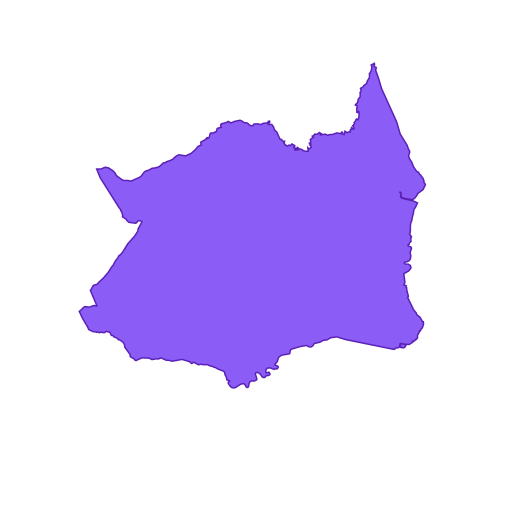 Balao, Guayas, Ecuador, rotated 157°
{"feature_id": "8360857B63754497407840", "entity_name": "Balao", "entity_type": "district", "adm_level": 2, "iso_a3": "ECU", "parent_name": "Ecuador", "parent_adm1": "Guayas", "projection": "mercator", "projection_center": [-79.769, -2.889], "detail": "fine", "context": "isolated", "style": "filled", "palette": "violet", "viewbox_px": 512, "rotation_deg": 157, "n_neighbors": 0, "source": "geoboundaries", "source_scale": "gbopen_adm2", "svg_char_len": 6092}
<svg xmlns="http://www.w3.org/2000/svg" viewBox="0 0 512 512"><g transform="rotate(157 256 256)"><path d="M159.7,116.1L157.6,119.0L156.6,118.9L154.7,117.4L149.7,114.7L145.5,115.4L145.0,115.6L145.0,116.3L144.4,115.9L142.7,116.1L141.9,116.9L141.5,116.5L139.5,117.3L138.0,120.3L136.1,121.5L134.8,123.2L134.0,122.8L133.0,123.9L130.9,124.9L128.3,127.9L128.0,129.4L127.6,130.1L128.3,130.5L129.0,135.8L131.0,139.2L130.7,140.9L131.9,144.6L132.6,158.7L131.5,159.2L130.5,165.9L129.7,167.9L130.2,169.1L129.3,169.9L131.2,171.5L129.2,173.5L126.9,181.9L121.2,182.6L118.6,184.0L117.9,184.7L117.6,187.0L119.2,189.1L121.6,190.1L122.3,191.1L122.3,191.8L121.5,192.1L119.0,191.7L116.8,191.9L114.9,193.1L113.4,195.8L112.6,199.3L110.1,201.9L109.7,203.0L110.0,204.0L112.0,205.7L111.9,206.7L110.5,206.9L109.6,208.1L107.6,208.9L106.7,211.7L105.4,212.8L105.8,213.5L105.5,214.4L106.2,215.9L104.5,217.9L102.0,223.7L100.4,226.2L99.2,227.2L96.0,231.9L94.2,234.1L92.6,237.0L90.2,238.5L86.6,241.8L89.9,245.4L99.1,252.1L99.8,253.9L98.1,257.2L98.8,258.1L98.4,258.5L97.7,257.4L99.1,254.2L98.8,252.8L95.7,250.2L89.8,246.7L87.5,247.1L84.1,249.0L83.1,250.2L76.2,251.9L72.2,255.4L72.2,256.9L72.7,257.8L72.1,259.4L71.9,262.1L72.9,266.4L73.5,267.4L73.6,269.5L75.1,271.3L76.1,276.5L76.0,281.5L76.7,285.8L76.4,288.6L73.9,291.6L73.6,292.5L73.9,295.1L73.6,298.9L75.6,312.0L74.1,324.4L75.0,361.1L73.8,371.5L73.3,379.8L72.8,381.2L71.7,382.1L71.9,383.0L72.9,383.8L73.1,384.8L72.0,385.9L71.8,387.1L75.4,386.8L75.4,385.2L75.8,384.2L77.3,381.9L79.2,380.1L80.3,379.7L81.4,376.8L82.3,375.6L85.3,373.5L86.7,371.5L89.7,370.9L91.9,369.7L94.3,369.5L94.5,367.6L95.1,366.5L96.5,365.7L96.6,364.7L98.1,361.7L100.4,360.6L102.8,357.3L105.3,356.5L105.6,355.9L104.4,355.2L104.4,354.0L105.7,352.4L107.0,348.8L106.4,348.3L105.2,349.0L104.9,348.3L106.6,344.3L108.8,341.5L109.7,342.7L110.4,342.7L112.1,341.1L113.6,340.4L113.7,339.1L116.3,338.0L115.8,337.6L115.8,335.9L116.3,334.6L117.4,335.1L117.5,336.3L118.0,336.7L118.8,335.5L120.0,335.2L120.4,333.6L120.9,333.3L121.8,333.9L123.7,333.9L125.4,336.1L126.5,334.1L127.6,333.3L128.2,334.1L128.0,336.0L128.5,336.6L129.1,336.4L129.8,335.2L133.4,337.7L138.3,338.0L140.7,339.0L142.8,339.1L144.6,341.1L148.1,341.9L148.2,342.6L147.5,343.5L148.8,342.2L149.4,342.2L148.9,344.2L149.3,344.9L152.3,344.2L154.5,345.3L155.7,344.3L157.3,344.3L156.7,343.0L156.8,342.7L158.8,342.6L160.6,341.9L160.7,340.6L161.3,339.2L162.7,339.0L161.8,337.6L163.1,337.2L162.5,336.5L162.6,334.6L165.4,333.8L166.0,335.4L167.0,332.0L169.0,332.8L171.2,334.3L172.1,336.1L174.2,337.6L175.5,339.8L176.1,339.2L175.8,337.3L176.5,337.6L176.9,338.5L178.1,337.9L178.7,338.1L178.8,338.7L177.1,339.6L178.7,340.6L178.6,341.7L177.4,341.9L177.2,342.5L179.1,345.1L181.0,344.2L182.3,345.2L184.0,344.9L184.9,345.5L186.2,348.7L184.8,350.5L186.7,351.3L186.8,352.9L188.3,354.5L188.4,361.9L189.7,364.8L189.4,368.1L190.1,371.0L193.3,372.3L192.9,373.1L191.1,373.7L190.8,374.9L192.0,375.1L193.5,374.1L197.5,375.3L200.3,375.2L202.8,377.0L206.4,378.3L208.0,377.2L209.0,377.3L210.0,378.1L211.3,379.8L211.5,380.9L212.4,382.1L214.5,383.1L216.7,386.3L217.7,387.2L223.3,388.3L227.1,388.2L228.8,390.7L231.4,390.5L236.2,391.2L237.5,390.3L237.7,388.1L241.6,388.6L242.3,388.2L243.1,386.9L244.6,385.8L245.4,386.2L247.2,385.8L248.8,386.7L250.1,386.8L252.9,383.4L254.8,383.1L254.6,383.9L255.2,384.0L256.6,383.1L258.8,382.7L262.1,382.5L262.6,381.9L262.9,379.6L266.4,379.6L270.5,377.5L275.6,375.8L281.7,375.7L287.4,379.3L290.1,379.2L293.5,378.2L294.1,377.7L298.0,377.4L301.6,377.8L302.7,377.3L304.8,377.9L309.7,376.2L311.5,376.1L315.4,376.7L317.3,377.4L321.4,376.9L323.4,377.3L325.0,377.2L326.7,376.6L330.6,374.3L332.6,373.9L341.8,373.8L344.7,375.7L348.2,377.2L349.5,378.5L353.1,384.6L353.3,387.5L354.5,390.5L357.2,394.6L359.9,396.5L361.3,396.7L364.6,396.6L368.7,398.3L368.8,388.7L363.1,353.4L362.4,351.5L362.8,350.8L362.4,348.6L362.9,345.3L363.6,344.2L361.1,340.5L361.0,339.1L359.8,336.6L354.0,333.2L352.8,333.3L351.2,334.4L350.0,334.3L347.9,332.8L347.6,332.3L347.9,331.8L353.8,327.1L355.0,325.2L356.1,324.3L360.2,321.6L369.2,317.4L376.8,312.0L380.1,310.2L382.4,309.7L383.6,308.5L387.4,306.4L391.3,303.2L392.7,302.6L398.4,298.7L405.2,295.3L411.4,293.1L413.0,292.0L416.6,292.5L417.6,292.3L420.6,289.8L421.9,289.2L421.9,272.3L422.6,272.4L424.2,273.7L427.1,274.0L428.8,273.8L433.3,276.3L435.8,275.8L437.4,274.9L440.3,274.1L440.1,267.0L438.7,256.1L438.7,253.6L435.4,249.9L433.5,249.0L432.6,248.0L431.4,248.0L430.2,246.6L428.7,246.5L425.7,244.7L423.1,245.1L421.9,243.9L420.4,243.2L420.1,239.4L418.7,238.5L418.5,237.2L415.9,234.7L415.4,232.7L414.4,232.3L412.0,228.3L411.7,226.3L412.4,223.3L410.4,214.4L411.1,212.5L408.5,209.0L407.9,207.0L406.8,206.5L406.2,206.7L400.8,206.8L394.5,203.9L392.2,201.3L387.6,200.2L385.8,199.2L384.6,199.5L383.2,199.2L379.3,195.1L376.8,193.9L374.2,191.9L364.5,189.7L358.4,184.7L357.7,182.9L357.1,182.1L354.9,182.6L351.4,178.3L349.2,178.0L346.5,176.3L343.2,175.0L340.9,172.4L339.3,171.6L338.1,169.9L337.0,169.3L335.3,166.9L330.7,162.5L330.4,161.3L330.9,158.9L330.6,156.4L331.2,153.3L329.1,151.5L329.4,150.9L330.5,150.9L331.3,149.9L330.8,146.8L330.0,144.7L328.6,143.5L326.5,142.9L320.1,144.0L317.2,143.3L316.5,142.3L316.2,139.3L315.5,138.4L314.7,138.3L313.7,138.9L312.4,141.2L311.0,142.5L308.6,142.8L306.7,141.6L304.0,141.7L303.4,142.2L303.1,143.4L302.7,147.8L301.8,148.5L300.7,148.5L299.2,147.4L298.1,145.3L297.6,142.3L296.2,140.9L295.1,140.9L293.4,141.8L290.9,141.1L289.4,141.5L289.2,142.6L289.5,144.0L291.9,144.4L292.4,145.4L291.4,147.3L289.4,148.4L286.7,147.5L283.7,144.6L282.8,144.7L280.9,143.9L280.2,144.0L278.9,145.0L279.0,146.1L280.8,147.8L281.0,148.9L277.7,150.4L275.0,153.7L272.2,154.6L270.7,154.6L263.5,152.9L262.8,153.3L261.4,155.7L260.4,156.2L259.1,156.3L251.3,155.5L244.7,154.0L242.6,151.6L240.9,150.8L239.0,151.0L236.9,152.5L235.8,152.5L230.8,151.7L226.9,152.1L223.3,151.0L219.4,151.6L213.2,150.0L206.1,144.0L166.2,116.6L165.1,116.0L162.8,116.7L161.1,115.9L159.7,116.1ZM157.7,114.3L158.2,115.6L156.4,113.9L155.0,113.7L152.2,115.6L156.4,118.3L157.6,118.5L158.2,117.0L159.1,116.1L157.7,114.3Z" fill="#8b5cf6" stroke="#5b21b6" stroke-width="1.5"/></g></svg>